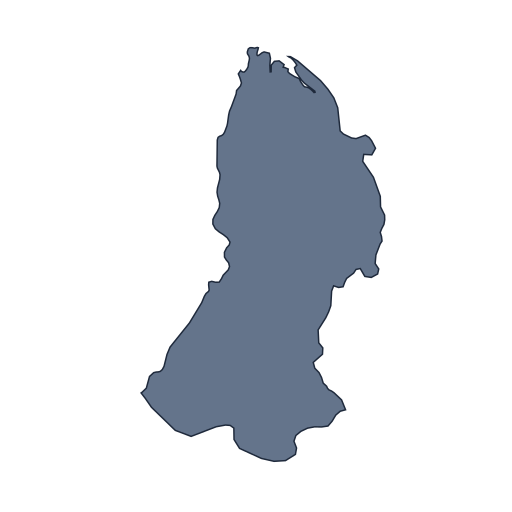 an SVG outline of Cross River, rotated 171°
{"feature_id": "NGA-2847", "entity_name": "Cross River", "entity_type": "State", "adm_level": 1, "iso_a3": "NGA", "parent_name": "Nigeria", "parent_adm1": "", "projection": "robinson", "projection_center": [8.541, 5.798], "detail": "fine", "context": "isolated", "style": "filled", "palette": "slate", "viewbox_px": 512, "rotation_deg": 171, "n_neighbors": 0, "source": "natural_earth", "source_scale": "10m", "svg_char_len": 2871}
<svg xmlns="http://www.w3.org/2000/svg" viewBox="0 0 512 512"><g transform="rotate(171 256 256)"><path d="M390.9,138.8L389.9,139.2L385.0,142.6L380.0,153.7L375.3,156.8L372.7,157.0L370.6,156.8L368.6,157.0L366.3,158.5L364.1,161.4L359.3,172.7L355.1,179.5L332.2,200.3L316.9,218.4L313.3,224.3L311.2,226.8L308.5,228.4L307.6,229.6L307.3,235.0L306.7,237.5L303.7,237.9L300.1,236.4L296.5,235.9L293.7,238.9L291.4,242.2L285.6,246.6L283.8,249.7L284.1,253.6L285.9,256.6L287.3,259.9L286.6,264.6L283.7,268.7L280.7,271.1L279.5,273.8L281.6,278.6L285.0,282.3L288.7,285.6L291.9,289.3L293.6,294.3L292.8,298.9L290.3,302.6L287.2,306.0L284.7,309.6L283.6,313.7L283.9,317.4L284.5,321.1L284.5,325.1L283.4,329.3L279.9,337.3L278.8,341.9L279.0,344.4L280.4,348.9L280.5,350.9L276.1,376.6L274.9,379.1L273.1,380.0L271.2,380.3L269.3,381.3L267.6,383.3L264.4,388.9L263.4,391.4L260.9,399.7L259.4,403.4L256.9,407.3L250.3,419.1L249.3,422.5L244.8,426.3L243.3,429.2L243.8,433.2L244.3,435.9L245.0,438.6L242.1,441.7L241.7,440.8L240.5,439.9L239.0,439.5L237.7,440.2L235.9,441.9L234.4,443.8L233.8,445.3L233.5,446.9L232.0,450.6L231.5,452.5L231.7,454.4L232.8,457.1L232.7,458.8L231.2,461.8L229.3,462.7L227.1,462.3L224.6,461.4L223.8,461.6L222.2,461.8L221.1,461.3L221.8,459.5L222.5,458.2L223.3,456.2L223.6,454.4L222.9,453.6L221.5,454.0L218.2,455.8L216.1,456.3L211.1,454.2L210.8,449.0L212.5,442.2L213.2,435.6L212.2,435.6L211.1,442.1L207.4,445.4L202.6,445.1L198.3,440.6L198.8,439.9L199.6,438.1L198.2,437.7L194.9,435.6L195.7,433.1L194.3,431.0L189.8,427.1L185.8,424.6L185.6,424.4L184.7,421.3L182.8,417.2L181.6,415.5L179.5,414.8L177.7,413.9L175.7,411.9L174.0,409.7L173.2,408.4L172.1,408.4L172.1,409.6L181.3,419.3L183.5,422.6L187.9,431.6L188.5,436.0L185.8,438.1L186.9,440.7L188.6,443.7L190.5,446.2L192.1,447.2L192.8,447.9L190.8,447.5L184.4,442.2L164.8,419.1L158.9,409.5L154.4,400.0L152.1,389.6L153.3,366.4L150.6,362.8L143.1,357.6L138.8,356.3L129.0,358.2L125.7,355.3L123.8,351.8L121.1,343.7L125.8,337.8L133.7,339.5L135.8,332.8L127.7,315.4L123.9,295.5L125.3,285.0L122.6,276.3L123.2,271.6L124.7,267.2L127.4,263.6L129.6,259.9L129.0,255.5L129.2,251.0L131.5,248.5L137.4,238.3L139.5,229.9L136.8,224.0L138.7,219.2L145.5,216.8L151.7,218.8L155.0,227.3L159.3,227.1L162.3,223.8L170.0,219.7L172.6,216.0L174.8,212.0L179.3,212.0L184.0,214.4L186.8,209.5L189.9,195.2L193.0,189.5L196.8,184.0L206.2,173.3L207.6,160.4L204.4,154.8L205.7,148.6L216.1,142.0L215.5,136.0L212.0,131.0L210.3,125.8L209.5,119.9L206.6,116.3L206.1,114.2L204.9,112.4L202.5,110.8L200.4,108.8L194.0,100.5L191.6,90.1L197.1,89.5L202.1,86.4L206.6,81.0L211.5,76.8L218.0,76.9L224.7,78.1L232.0,77.9L239.1,75.8L244.7,72.5L247.5,67.1L246.0,60.0L248.1,53.9L258.9,49.3L270.3,50.4L282.3,55.2L302.3,68.5L306.4,78.2L304.8,89.5L308.0,92.7L312.5,93.8L322.0,93.6L348.3,88.0L363.0,96.4L382.9,122.9L387.6,132.7L390.9,138.7L390.9,138.8Z" fill="#64748b" stroke="#1e293b" stroke-width="1.5"/></g></svg>